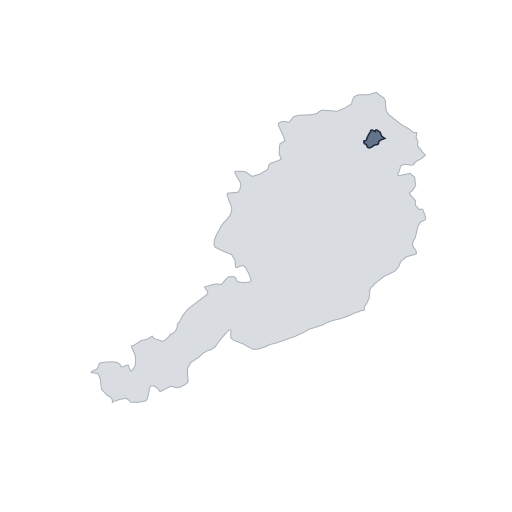 location of Wien within Austria, rotated 329°
{"feature_id": "AUT-2331", "entity_name": "Wien", "entity_type": "State", "adm_level": 1, "iso_a3": "AUT", "parent_name": "Austria", "parent_adm1": "", "projection": "mercator", "projection_center": [16.38, 48.233], "detail": "fine", "context": "in_parent", "style": "filled", "palette": "slate", "viewbox_px": 512, "rotation_deg": 329, "n_neighbors": 0, "source": "natural_earth", "source_scale": "10m", "svg_char_len": 4175}
<svg xmlns="http://www.w3.org/2000/svg" viewBox="0 0 512 512"><g transform="rotate(329 256 256)"><path d="M54.8,290.9L59.1,281.4L60.0,275.6L56.2,272.1L54.6,271.1L55.9,270.3L61.3,271.0L64.7,269.0L66.5,267.1L71.2,268.9L78.2,272.6L81.5,275.0L82.9,277.0L83.6,278.6L83.2,281.3L84.8,282.4L88.1,282.8L90.3,283.7L89.5,287.3L89.4,290.2L92.4,289.8L96.3,287.5L99.2,283.4L101.1,279.5L102.5,269.8L102.9,268.9L105.2,269.7L114.5,269.3L118.9,271.1L125.9,271.4L125.7,272.9L127.0,275.3L130.0,278.7L131.6,280.9L134.8,281.3L139.8,280.1L142.7,278.8L143.8,279.7L148.3,278.9L152.3,276.1L153.3,274.0L157.4,272.5L162.9,269.1L170.4,266.4L195.2,263.6L196.2,261.5L195.8,256.6L196.5,255.9L199.6,257.1L204.6,258.2L208.4,260.0L210.9,262.2L213.2,262.3L216.8,260.7L221.7,259.7L226.2,262.1L227.5,264.6L226.7,265.9L226.8,268.0L228.2,269.7L231.9,272.5L236.6,274.9L239.0,274.7L239.9,272.4L240.8,266.8L241.1,260.8L240.0,257.4L237.5,256.6L234.5,256.3L232.9,255.6L233.4,253.7L235.8,248.8L235.8,242.3L230.3,234.9L225.6,227.7L225.6,225.2L228.4,221.0L232.8,217.6L242.6,211.9L245.7,210.7L249.6,209.8L255.3,207.4L258.1,205.0L259.9,202.4L262.6,188.8L263.2,188.3L264.0,187.5L273.9,192.2L274.8,191.4L276.5,190.6L279.8,187.0L280.5,184.3L280.4,179.1L280.7,174.2L281.3,172.7L282.8,173.2L287.1,175.8L290.5,178.6L293.7,185.8L301.1,187.7L310.5,187.9L313.9,184.7L316.9,184.0L320.4,185.0L327.6,186.1L328.4,180.3L332.6,174.2L334.5,172.1L339.9,172.3L341.2,167.8L342.5,155.2L343.6,153.8L347.5,154.1L351.3,156.4L352.5,158.2L354.5,158.1L357.3,156.8L360.4,156.0L365.2,157.4L375.6,163.1L381.0,165.2L384.4,164.8L387.6,164.8L399.8,173.6L408.4,174.9L416.2,174.9L418.7,172.2L422.1,170.0L425.5,170.3L428.6,171.5L434.5,175.3L437.2,176.3L440.8,176.9L443.5,177.7L445.9,184.3L447.2,186.1L446.9,186.9L446.7,189.9L444.6,193.7L442.4,198.7L442.5,203.0L448.2,218.0L453.2,227.1L454.2,230.6L457.4,233.2L454.4,236.6L453.8,241.5L451.8,243.7L451.2,246.5L452.1,249.1L452.1,252.3L453.2,256.7L448.2,257.7L442.4,257.5L440.3,257.8L438.3,259.0L436.3,258.4L431.0,254.2L428.0,253.3L425.9,253.6L424.3,255.4L421.6,257.7L419.1,259.3L419.6,260.7L430.6,264.5L432.6,270.2L430.4,274.8L429.7,277.1L427.2,278.9L424.0,280.4L420.2,280.8L419.8,283.3L421.2,290.7L420.0,292.3L418.8,294.6L420.0,300.6L422.3,301.0L422.8,302.4L422.4,304.8L422.0,307.4L421.2,310.2L420.8,311.4L419.2,312.1L414.3,311.7L410.1,314.1L401.7,322.5L398.8,323.9L395.6,327.3L395.8,334.6L395.3,335.3L394.6,336.8L384.5,334.2L384.1,334.3L377.4,335.2L372.8,338.6L367.2,340.5L355.4,339.5L344.0,340.8L341.3,341.8L338.3,342.3L335.5,344.3L333.9,347.0L331.1,350.5L327.1,353.3L322.7,355.4L321.6,357.2L320.2,358.2L317.7,356.8L315.7,356.9L313.3,356.0L305.2,355.0L296.4,353.4L292.1,351.8L287.3,350.6L282.2,349.6L277.6,349.4L275.3,348.9L264.2,346.2L256.8,346.0L247.2,344.9L228.0,340.8L222.4,339.1L217.0,338.6L210.7,337.2L205.9,334.9L202.9,330.5L199.6,324.6L193.6,316.9L192.3,313.1L194.2,309.7L196.1,307.2L195.8,306.1L194.4,305.5L183.8,308.8L173.6,313.0L169.5,313.1L165.6,312.2L160.4,312.1L155.5,313.2L145.5,313.8L139.6,316.9L135.9,322.8L133.9,327.6L132.2,329.2L128.7,329.7L123.5,329.3L119.9,327.9L116.1,323.8L110.4,323.2L105.1,323.1L103.7,322.4L103.7,319.7L101.6,314.7L98.2,313.1L89.2,322.6L86.8,323.4L79.6,320.8L73.3,316.7L72.6,313.8L71.5,311.3L66.2,309.0L59.6,307.5L57.5,307.5L58.4,306.0L59.1,303.6L58.6,301.7L57.1,299.7L56.2,297.5L56.0,295.4L55.5,293.7L55.2,292.1L54.8,290.9Z" fill="#d9dde1" stroke="#a8b0b8" stroke-width="1"/><path d="M418.8,207.5L420.4,207.7L420.7,208.1L422.1,210.6L422.3,210.8L422.5,210.4L422.8,209.9L423.8,209.7L424.4,210.2L424.7,210.9L425.2,211.5L425.4,212.1L425.6,213.1L426.0,213.5L426.1,213.8L426.2,214.0L425.7,215.9L425.5,218.0L425.9,219.2L427.0,221.6L423.3,220.9L420.9,221.0L420.1,221.2L419.6,221.6L419.5,221.9L419.3,222.3L419.0,222.6L418.5,223.0L417.3,222.9L416.8,222.8L415.8,222.4L415.1,221.9L413.7,221.9L412.3,222.2L409.1,221.9L408.5,221.5L408.3,221.0L407.9,220.7L407.5,219.9L408.0,217.6L407.8,217.2L407.6,216.6L407.2,216.2L406.7,215.5L406.8,214.8L406.9,214.2L407.1,213.9L407.4,213.4L407.8,212.9L409.1,213.6L409.8,213.5L410.5,213.3L410.9,213.0L411.5,212.4L411.8,212.0L415.4,209.7L417.2,208.8L418.1,208.5L418.6,208.2L418.8,207.5Z" fill="#64748b" stroke="#1e293b" stroke-width="1.5"/></g></svg>